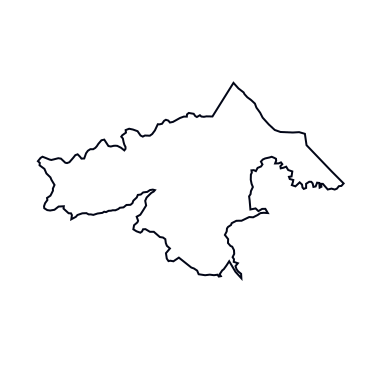 the district of Cristal, Rio Grande do Sul, Brazil, rotated 333°
{"feature_id": "56859067B17648914341650", "entity_name": "Cristal", "entity_type": "district", "adm_level": 2, "iso_a3": "BRA", "parent_name": "Brazil", "parent_adm1": "Rio Grande do Sul", "projection": "orthographic", "projection_center": [-52.044, -31.031], "detail": "fine", "context": "isolated", "style": "outline", "palette": "ink", "viewbox_px": 384, "rotation_deg": 333, "n_neighbors": 0, "source": "geoboundaries", "source_scale": "gbopen_adm2", "svg_char_len": 3637}
<svg xmlns="http://www.w3.org/2000/svg" viewBox="0 0 384 384"><g transform="rotate(333 192 192)"><path d="M68.7,94.6L69.6,96.9L68.3,99.0L71.0,104.4L70.7,109.4L72.5,114.7L72.3,117.3L72.7,123.3L69.6,125.8L68.7,127.7L66.3,129.5L64.2,131.0L60.1,131.5L59.5,133.5L56.0,135.3L53.7,137.5L53.0,139.4L54.8,142.4L57.2,144.1L61.4,145.4L66.5,144.4L71.3,146.5L70.0,148.5L72.4,154.9L74.5,156.1L74.5,158.1L72.1,161.5L77.2,161.4L79.5,160.5L84.6,161.2L88.3,162.9L89.8,165.1L91.8,166.1L93.7,167.6L98.1,168.3L102.7,169.9L104.8,169.7L106.3,170.9L109.1,170.9L111.4,171.9L113.2,172.3L115.4,173.5L118.6,173.7L120.6,173.3L124.0,174.6L127.7,173.8L131.4,175.5L133.9,174.9L135.8,173.1L140.3,171.8L142.4,170.0L145.2,171.0L148.3,170.2L152.2,171.6L155.5,171.2L158.2,172.1L159.8,173.5L158.1,174.2L155.4,174.3L149.1,176.3L146.3,178.6L145.0,183.2L139.4,186.6L135.6,188.8L131.5,188.9L130.9,193.2L129.5,194.3L125.3,195.3L122.8,198.6L124.7,201.8L127.5,204.8L129.5,204.5L131.5,203.0L133.7,204.0L136.4,208.3L139.9,210.1L142.9,217.5L145.5,219.4L146.8,221.9L145.5,225.6L145.2,228.5L146.7,232.3L141.0,234.7L139.3,239.9L139.7,242.9L141.5,243.4L144.0,245.3L150.5,244.5L157.1,259.0L159.0,261.0L160.9,264.4L160.6,268.3L165.9,272.1L170.3,273.7L173.8,276.1L177.2,277.3L177.5,279.5L179.5,280.1L179.4,277.8L183.3,275.6L185.3,275.2L189.4,273.1L193.7,270.6L194.5,282.9L196.8,291.3L198.6,287.2L197.1,283.8L196.6,281.0L197.1,277.8L200.5,276.3L197.5,273.2L198.9,270.9L198.6,268.5L201.5,266.3L203.0,262.9L203.0,259.0L201.8,257.5L200.9,253.8L202.8,250.4L201.8,245.2L205.0,242.9L206.6,240.4L208.2,239.5L211.8,239.1L213.2,237.8L218.5,237.8L223.1,240.1L231.6,240.3L235.0,242.3L240.0,242.3L243.4,241.9L246.5,243.1L250.0,245.2L249.7,240.3L246.8,238.9L242.5,239.2L241.2,235.5L236.1,234.1L239.6,225.5L240.9,221.8L243.2,220.5L244.9,218.0L248.5,215.2L248.8,211.8L249.9,207.8L252.4,203.2L254.1,201.9L254.8,199.7L257.0,200.6L258.4,202.4L261.4,200.3L265.1,200.6L267.3,199.4L267.2,196.2L269.8,195.2L272.4,195.3L276.7,196.4L279.0,196.8L280.6,198.7L281.9,200.5L281.2,202.3L279.0,204.3L282.1,205.8L284.7,206.0L285.1,208.2L282.4,209.2L281.8,211.2L284.6,211.9L287.4,212.2L287.7,216.1L290.7,219.2L287.8,223.3L285.3,222.5L285.0,224.8L287.7,227.3L286.2,229.2L284.1,231.2L286.7,233.9L292.3,232.3L293.4,235.3L292.5,238.2L293.0,240.0L295.5,240.2L297.4,236.5L301.1,236.1L302.9,237.1L303.4,239.1L302.5,242.6L304.7,243.2L307.7,240.5L309.5,241.7L307.7,246.1L309.7,246.1L310.7,243.3L312.3,244.2L314.1,251.4L317.8,252.3L320.3,254.6L322.6,254.8L325.5,253.5L327.9,254.4L331.0,253.2L325.8,237.1L315.3,202.3L319.0,191.4L314.6,187.3L308.9,184.8L298.1,178.7L293.9,174.3L291.1,166.7L288.7,157.8L288.7,152.3L287.7,146.0L288.2,141.8L286.4,136.9L284.3,132.7L283.2,128.7L283.2,126.7L280.4,120.8L278.5,113.6L244.5,134.0L239.3,131.2L236.7,130.4L234.6,129.0L233.9,127.2L230.4,127.4L229.4,125.9L229.0,123.1L225.0,120.1L222.8,120.6L221.6,122.5L219.0,121.1L215.0,120.6L206.9,120.9L203.9,120.1L203.3,117.6L201.5,115.8L199.5,115.9L196.3,117.6L193.8,117.0L192.3,116.1L186.9,120.3L182.8,122.3L180.0,122.7L175.7,120.3L173.3,120.3L171.8,118.3L171.1,113.1L167.7,109.5L164.7,107.1L161.0,106.7L160.1,109.1L155.6,109.8L154.1,110.6L154.7,112.9L153.7,116.5L153.2,119.1L153.2,121.7L152.3,123.4L150.6,124.2L148.8,120.3L146.4,117.0L144.8,116.0L143.2,115.3L140.3,114.6L138.4,113.1L137.6,105.5L134.8,104.8L130.4,106.6L128.0,108.0L125.9,108.8L123.4,109.0L120.8,107.7L117.9,108.0L115.2,109.4L111.2,113.2L108.7,112.1L108.2,109.6L107.2,106.5L104.8,106.2L101.5,107.7L96.3,109.8L93.8,109.5L92.4,108.4L90.4,102.8L88.2,101.2L85.5,100.6L83.7,100.2L81.2,99.6L79.8,98.4L77.3,95.5L74.8,92.7L72.5,92.9L68.7,94.6Z" fill="none" stroke="#020617" stroke-width="2"/></g></svg>